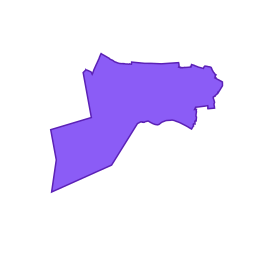 the district of Medemblik, Noord-Holland, Netherlands, rotated 207°
{"feature_id": "6326949B12217524678561", "entity_name": "Medemblik", "entity_type": "district", "adm_level": 2, "iso_a3": "NLD", "parent_name": "Netherlands", "parent_adm1": "Noord-Holland", "projection": "mercator", "projection_center": [5.083, 52.79], "detail": "fine", "context": "isolated", "style": "filled", "palette": "violet", "viewbox_px": 256, "rotation_deg": 207, "n_neighbors": 0, "source": "geoboundaries", "source_scale": "gbopen_adm2", "svg_char_len": 4705}
<svg xmlns="http://www.w3.org/2000/svg" viewBox="0 0 256 256"><g transform="rotate(207 128 128)"><path d="M196.1,91.4L177.4,67.0L167.0,36.3L136.3,74.5L125.8,87.5L121.6,136.2L119.2,139.6L118.9,139.6L118.0,139.6L117.8,139.9L117.7,139.7L117.0,140.0L116.4,140.3L116.2,140.4L116.0,140.6L115.8,141.0L115.6,141.4L115.5,141.5L115.1,141.8L114.7,142.1L113.7,143.0L113.4,143.2L112.8,143.4L111.7,143.3L111.0,143.2L108.4,143.2L107.6,143.2L105.8,143.4L104.6,143.7L103.0,144.3L102.5,144.8L102.0,145.3L101.5,146.4L100.8,147.9L100.6,148.3L100.3,148.7L99.9,149.3L99.4,149.7L97.9,151.5L97.6,151.7L97.3,152.0L97.0,152.2L95.5,153.1L94.8,153.5L94.1,153.9L93.6,154.2L92.6,154.9L92.5,155.0L92.3,155.1L90.8,155.5L90.2,155.7L89.8,155.7L89.6,155.7L88.9,155.8L88.2,155.8L87.6,155.9L86.9,156.0L85.7,156.2L83.7,156.3L82.6,156.3L81.8,156.3L78.0,156.3L75.0,156.2L73.2,156.0L72.4,156.0L70.9,155.9L70.7,159.3L70.5,159.5L70.7,159.8L70.8,159.9L70.9,160.0L71.0,160.2L71.1,160.4L71.2,160.5L71.3,160.6L71.4,160.9L71.5,161.0L71.5,161.3L70.1,162.0L70.4,162.4L70.7,163.1L70.8,163.2L70.9,163.4L71.0,163.5L71.1,163.8L71.3,164.0L71.5,164.3L71.5,164.5L70.7,165.0L70.8,165.1L70.9,165.3L71.1,165.4L71.1,165.5L70.7,165.7L71.0,166.4L71.0,166.5L71.8,168.5L72.0,168.9L72.3,169.0L72.7,169.3L72.8,169.4L73.4,170.7L73.5,170.9L73.9,172.0L74.1,172.6L74.3,173.4L74.4,173.6L74.6,173.7L74.6,173.8L75.1,174.5L75.4,174.9L75.5,175.0L75.6,175.3L75.4,175.5L75.5,175.7L77.1,174.7L77.1,175.0L77.1,175.3L77.1,175.5L77.1,175.9L77.2,176.0L77.1,176.3L77.1,176.5L77.2,177.2L75.2,178.5L73.1,179.9L69.7,182.2L67.1,184.1L66.7,183.6L66.0,182.1L65.9,181.9L65.7,182.0L65.4,181.5L59.9,185.0L60.3,185.6L60.5,185.7L60.9,186.6L61.1,186.7L61.9,187.7L62.0,188.0L62.2,188.5L62.3,188.7L62.4,188.8L62.4,189.1L62.4,189.3L62.4,189.5L62.5,190.1L62.7,190.3L62.8,190.4L62.8,190.5L63.2,190.9L63.3,191.0L63.5,191.3L63.8,191.5L64.1,191.9L64.2,192.0L64.3,192.1L64.7,192.5L64.9,192.6L65.1,192.8L65.3,193.0L65.5,193.3L65.8,193.7L65.9,193.9L66.0,194.1L66.1,194.4L66.1,194.5L65.1,195.5L65.4,195.6L64.1,198.6L63.9,199.1L64.0,199.1L64.1,199.3L64.0,199.6L63.9,199.7L63.9,200.1L64.0,200.1L64.0,200.3L64.1,200.5L64.1,200.8L63.8,200.8L63.6,200.8L63.6,201.5L63.6,201.9L63.5,202.2L63.5,202.4L63.4,203.3L63.2,205.7L63.2,206.5L63.1,206.9L63.0,208.5L63.4,209.3L63.9,210.3L64.8,211.9L73.3,212.1L73.0,212.8L72.9,212.9L73.2,213.0L73.5,213.1L73.7,213.4L73.7,213.5L73.8,213.6L74.0,213.8L74.0,214.2L74.0,214.3L73.9,214.5L73.8,215.0L73.7,215.3L74.2,215.4L74.4,215.4L74.5,215.4L74.8,215.4L75.5,215.7L75.6,215.8L76.3,216.2L76.9,216.4L77.5,216.7L77.8,216.9L78.2,217.2L78.6,217.5L79.0,217.7L79.2,217.9L79.3,218.0L79.8,218.2L79.9,218.4L80.0,218.6L81.0,219.3L81.1,219.5L81.4,219.5L81.6,219.7L81.9,219.7L82.8,219.6L84.9,218.9L85.2,218.9L85.3,218.9L85.6,218.8L87.1,218.3L87.6,218.1L87.6,217.8L87.7,217.6L87.7,217.4L87.9,217.2L88.0,217.0L88.0,216.9L88.0,216.7L87.9,215.8L88.0,215.7L87.9,215.3L89.6,214.9L89.8,214.9L93.0,214.2L94.5,214.1L97.2,213.8L97.4,213.9L98.2,213.8L98.3,213.7L99.5,213.5L100.2,213.4L99.8,212.0L99.7,211.9L100.2,211.4L99.7,210.8L104.3,208.0L104.8,207.9L104.8,207.7L107.3,206.3L107.2,206.2L107.4,206.1L107.8,206.0L108.6,205.5L108.8,206.0L109.5,205.8L109.4,205.6L110.1,205.3L110.5,205.2L110.6,206.0L110.7,206.4L110.7,206.5L111.0,207.0L111.2,207.4L111.3,207.5L112.0,208.5L112.6,209.2L127.5,200.3L136.5,196.2L142.7,193.1L151.1,189.8L154.7,188.4L154.5,188.0L154.1,187.0L153.9,186.4L155.0,186.0L155.1,185.9L155.4,185.8L155.5,185.8L155.8,185.8L155.9,185.7L156.0,185.6L156.0,185.4L156.4,185.1L156.8,185.0L157.6,184.7L157.8,184.7L158.2,184.5L158.5,184.2L160.7,183.5L160.8,183.4L161.0,183.5L161.5,183.1L161.8,183.0L162.0,182.9L162.4,182.8L162.5,182.7L163.5,182.2L163.8,182.1L164.6,181.8L164.8,181.7L165.1,181.6L165.6,181.5L167.4,181.2L168.2,181.2L168.9,181.1L169.0,181.0L169.6,181.0L169.8,181.0L170.7,181.0L171.5,181.2L172.4,181.3L173.2,181.3L173.5,181.2L174.0,181.2L174.4,181.2L175.4,181.2L175.8,181.3L176.2,181.5L176.6,181.6L177.1,181.6L177.9,181.6L179.2,181.7L180.8,181.8L181.8,181.8L182.6,181.9L183.7,181.9L184.5,181.9L184.8,182.0L185.2,182.0L185.7,182.1L185.7,181.9L185.8,181.7L185.7,181.4L185.8,181.0L185.7,180.6L185.7,180.1L185.6,179.2L185.6,178.8L185.6,178.4L185.5,177.8L185.5,177.7L185.4,177.6L185.3,176.7L185.3,176.1L185.3,175.8L185.3,175.3L185.3,175.0L185.3,174.8L185.2,174.6L185.2,174.1L185.2,173.6L185.2,172.9L185.1,172.0L185.1,170.8L185.1,170.6L184.8,164.3L184.6,163.1L184.6,162.6L184.4,161.5L184.3,160.1L184.3,159.6L184.7,159.9L185.0,160.2L185.8,160.8L186.3,161.1L186.5,161.2L186.8,161.2L188.0,161.1L189.4,161.1L190.4,160.9L191.0,161.0L191.3,160.9L191.6,160.6L191.9,160.5L192.0,160.4L192.1,160.5L192.1,160.1L193.1,157.0L165.4,120.7L196.1,91.4Z" fill="#8b5cf6" stroke="#5b21b6" stroke-width="1.5"/></g></svg>